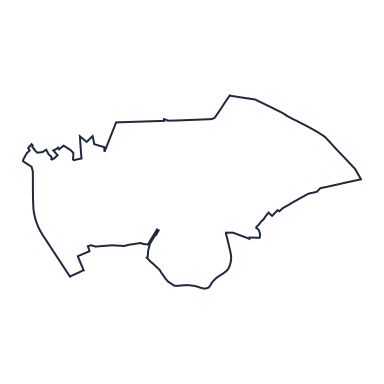 the district of Baldone, Baldones, Latvia
{"feature_id": "27541924B69230564429845", "entity_name": "Baldone", "entity_type": "district", "adm_level": 2, "iso_a3": "LVA", "parent_name": "Latvia", "parent_adm1": "Baldones", "projection": "mercator", "projection_center": [24.39, 56.741], "detail": "fine", "context": "isolated", "style": "outline", "palette": "slate", "viewbox_px": 384, "rotation_deg": 0, "n_neighbors": 0, "source": "geoboundaries", "source_scale": "gbopen_adm2", "svg_char_len": 3820}
<svg xmlns="http://www.w3.org/2000/svg" viewBox="0 0 384 384"><path d="M92.6,136.1L86.7,141.9L79.9,136.3L80.8,150.0L80.9,151.4L81.5,158.5L77.5,159.3L73.9,160.2L73.0,159.4L73.3,155.8L73.3,152.8L70.3,149.9L63.7,145.7L61.4,147.4L59.4,149.0L59.1,149.3L58.0,147.6L57.0,148.6L55.0,149.7L53.3,150.4L53.5,150.6L55.5,152.9L57.6,155.2L54.7,157.9L54.2,158.5L52.9,158.9L52.5,159.1L52.0,159.5L51.6,159.5L51.3,159.3L51.3,159.1L51.4,158.9L51.6,157.9L51.4,156.9L50.9,156.3L50.0,155.6L49.1,154.8L48.5,154.2L47.5,152.1L46.6,150.5L46.2,149.7L45.9,149.9L42.5,152.1L37.4,152.7L34.0,149.5L34.2,149.0L32.3,147.1L32.8,145.6L31.6,144.2L28.2,148.0L29.7,150.5L28.3,151.8L26.9,153.0L23.3,159.4L23.0,161.2L28.3,164.7L31.5,166.7L32.8,171.2L32.9,180.2L32.9,189.5L33.0,198.3L33.0,199.2L33.4,208.3L33.4,208.8L33.9,212.3L34.0,212.9L34.6,215.9L34.9,217.0L35.3,218.6L35.6,219.7L35.7,220.0L35.9,220.4L36.3,221.9L36.6,222.7L36.9,223.6L37.5,225.0L38.0,226.4L38.6,227.6L39.7,229.9L41.4,232.9L41.8,233.5L43.0,235.6L46.5,240.8L50.4,246.8L56.3,255.8L59.7,260.9L65.9,270.4L70.0,276.6L70.4,276.3L73.9,274.7L78.3,272.7L83.1,270.4L83.4,270.2L83.6,270.2L82.4,267.3L81.1,264.3L79.8,261.1L78.1,257.1L77.8,256.2L89.5,251.2L89.4,250.8L87.9,246.2L90.9,245.3L91.6,245.5L95.8,246.6L97.6,246.4L112.1,245.3L112.6,245.3L115.9,245.5L118.2,245.7L118.7,245.7L121.5,245.8L123.8,246.1L124.2,246.1L124.4,245.9L128.4,244.9L128.6,244.8L131.0,244.5L140.6,243.0L140.9,243.0L141.6,243.4L142.0,243.6L142.8,243.8L144.3,244.1L145.7,244.2L148.1,244.6L148.4,243.8L148.9,243.0L149.2,242.4L149.6,241.8L150.5,240.1L151.5,238.5L152.9,236.3L157.0,229.5L158.7,230.4L155.9,235.1L155.4,234.8L151.6,241.0L150.7,242.5L150.3,243.1L150.1,243.6L149.7,244.4L149.2,245.2L149.2,245.3L149.5,245.5L148.2,250.4L147.7,256.9L146.7,257.7L151.3,262.3L152.7,263.4L153.5,264.1L154.4,265.0L155.8,266.3L159.7,270.0L161.7,273.3L162.9,274.8L164.1,276.7L165.4,278.5L166.3,279.6L167.1,280.6L168.0,281.5L170.4,283.2L172.5,284.5L173.2,285.0L173.8,285.3L174.5,285.6L175.9,285.9L177.5,285.9L180.9,285.5L184.8,285.2L189.0,285.2L191.4,285.5L195.5,286.1L201.4,288.0L204.4,288.6L206.2,288.4L208.5,287.6L209.1,287.0L210.1,285.7L211.9,282.7L212.5,281.9L213.4,280.9L214.4,279.9L215.4,278.8L217.8,276.9L221.5,274.5L223.3,273.4L224.8,272.2L225.8,271.5L226.9,270.5L227.1,270.3L227.5,269.9L227.8,269.4L228.0,269.1L228.2,268.9L228.3,268.8L228.4,268.6L229.0,267.2L229.7,265.8L230.7,262.2L231.2,258.1L231.2,257.9L230.9,254.9L230.4,251.8L228.9,245.5L228.3,243.1L227.8,241.1L227.6,240.1L227.2,238.3L226.7,236.6L226.4,235.3L226.1,234.3L226.0,233.4L225.9,233.0L226.0,232.7L233.1,232.7L249.2,238.7L249.4,238.8L249.4,237.5L249.5,237.5L250.1,237.5L255.9,237.7L259.5,237.8L259.9,236.6L260.0,235.4L260.0,234.4L259.8,232.9L258.6,229.7L257.2,228.6L256.1,227.7L256.2,227.4L256.5,227.0L257.6,225.8L259.4,223.9L260.9,221.8L261.5,221.3L263.1,219.7L263.4,219.4L263.8,219.0L265.9,215.8L268.2,213.0L268.5,212.6L272.1,215.9L273.0,215.0L274.0,213.9L274.8,213.1L275.4,212.4L276.1,211.8L276.7,211.1L277.2,210.6L277.6,210.2L279.3,211.3L283.1,207.9L283.4,207.8L290.7,203.7L290.8,203.7L291.1,203.3L299.1,198.8L307.8,194.0L308.2,193.8L308.8,193.6L314.7,192.3L316.7,191.8L317.0,191.7L319.7,188.8L320.2,188.3L320.6,188.1L325.6,187.1L325.8,187.1L336.6,184.7L347.4,182.2L347.5,182.2L356.9,180.2L359.5,179.6L360.4,179.5L360.8,179.5L361.0,179.3L355.7,170.0L355.2,169.0L350.2,163.8L344.5,157.7L336.4,149.3L330.3,142.6L325.2,137.1L318.5,132.6L309.3,127.4L300.2,122.7L297.1,121.1L296.6,120.8L291.8,118.5L285.9,115.3L286.0,115.0L281.8,112.6L277.8,110.6L256.4,100.1L255.1,99.5L230.5,95.8L229.8,95.4L225.8,101.2L219.9,110.2L214.5,118.0L211.4,119.1L209.6,119.2L179.7,120.4L168.0,120.7L166.6,119.9L164.0,119.2L164.2,120.9L163.2,120.9L134.1,121.8L116.1,122.4L106.7,146.3L104.5,151.8L104.2,147.1L100.6,146.1L94.3,144.2L92.6,136.1Z" fill="none" stroke="#1e293b" stroke-width="2"/></svg>